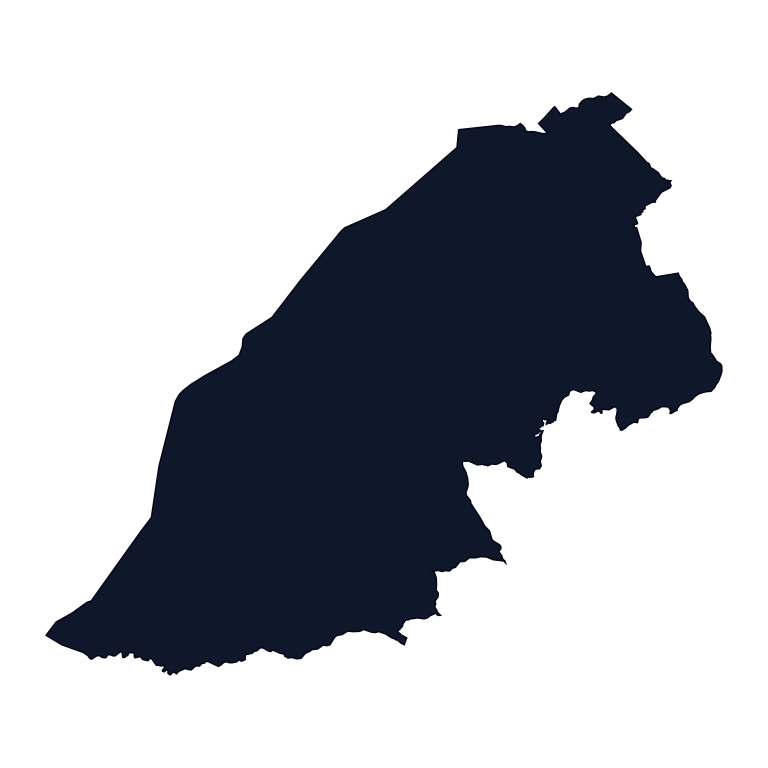 Budesti, Vâlcea, Romania
{"feature_id": "2599482B58071086432896", "entity_name": "Budesti", "entity_type": "district", "adm_level": 2, "iso_a3": "ROU", "parent_name": "Romania", "parent_adm1": "Vâlcea", "projection": "albers", "projection_center": [24.395, 45.044], "detail": "fine", "context": "isolated", "style": "filled", "palette": "ink", "viewbox_px": 768, "rotation_deg": 0, "n_neighbors": 0, "source": "geoboundaries", "source_scale": "gbopen_adm2", "svg_char_len": 6112}
<svg xmlns="http://www.w3.org/2000/svg" viewBox="0 0 768 768"><path d="M296.4,658.8L301.0,658.4L305.5,653.1L309.3,651.6L312.0,649.6L317.8,648.9L323.2,645.0L326.9,645.7L329.9,644.8L334.4,637.6L335.5,636.5L337.4,635.2L341.7,634.7L347.7,631.1L352.9,631.6L358.4,631.4L361.2,630.8L363.5,629.4L371.7,632.2L375.4,632.5L378.7,631.6L385.6,633.9L391.9,637.9L395.0,639.0L395.7,639.8L397.0,639.8L401.2,643.2L404.2,644.7L406.7,637.9L400.0,634.3L400.2,633.7L398.8,632.8L397.4,630.8L399.6,629.5L402.6,626.0L402.9,623.9L405.6,620.1L408.9,619.7L409.7,619.0L417.5,617.9L423.9,618.8L426.6,618.2L428.9,616.9L429.5,616.0L436.1,613.0L437.2,615.0L438.1,615.4L440.4,615.2L437.5,612.4L436.7,610.2L434.8,607.1L434.7,606.3L435.7,604.3L435.1,601.0L438.1,596.8L438.3,594.5L438.2,593.0L436.2,590.2L436.5,584.9L436.3,577.8L434.4,572.7L432.5,570.8L434.1,571.2L437.8,570.4L442.2,571.5L445.2,570.6L449.3,571.0L452.8,568.0L455.3,567.4L460.4,561.1L461.2,561.6L464.9,561.3L469.0,558.0L471.5,557.1L471.2,557.7L475.6,557.8L480.2,556.7L486.8,557.0L493.1,559.7L503.5,560.9L505.5,562.8L505.0,561.2L502.7,559.0L501.5,555.3L499.0,552.0L499.3,550.8L500.9,548.6L500.7,546.3L499.8,545.0L493.3,541.0L491.9,539.3L489.5,531.0L484.6,526.0L480.0,517.5L470.8,503.4L470.5,500.9L470.1,500.2L466.5,495.5L466.0,493.9L466.0,492.0L467.4,488.4L468.2,484.7L467.6,478.1L465.7,471.8L462.8,466.2L462.3,463.1L462.8,461.2L468.8,461.1L477.4,464.9L482.9,464.2L484.2,465.0L486.4,465.1L487.8,465.8L491.8,463.9L495.3,464.4L497.7,463.9L504.4,460.6L507.1,462.6L507.9,466.6L514.8,469.1L516.9,472.0L519.6,473.2L521.6,474.9L527.0,477.9L528.1,476.5L529.5,477.4L530.5,476.4L531.4,477.3L533.5,476.5L533.1,475.2L533.5,472.3L534.7,469.7L536.9,468.8L539.4,468.8L541.2,465.8L540.2,461.4L541.7,456.3L540.0,451.7L540.4,448.1L539.9,444.6L541.2,441.2L541.1,436.0L543.0,430.7L542.2,430.5L541.1,432.9L539.7,434.6L539.4,435.6L539.9,437.8L539.4,437.0L538.1,436.8L536.5,437.2L535.4,438.1L535.0,437.5L534.3,434.4L537.2,433.7L540.3,431.0L539.6,429.7L537.4,429.5L537.8,428.2L540.4,427.5L541.3,426.0L543.1,425.7L543.6,422.8L542.0,421.5L542.6,418.5L543.3,418.5L544.4,419.6L546.2,419.6L548.3,420.8L547.4,421.2L546.4,422.9L546.4,424.3L548.3,423.1L550.5,423.3L551.4,422.3L553.0,422.0L553.1,421.4L554.3,420.5L555.6,420.3L556.6,414.0L557.3,413.0L556.8,412.1L558.0,411.4L557.7,411.0L558.3,410.2L558.0,409.3L558.8,408.0L559.1,406.1L561.6,400.4L564.1,397.3L568.6,394.9L569.3,392.0L570.8,390.3L573.9,389.5L580.8,392.3L585.5,390.5L589.2,391.0L592.8,390.5L595.6,391.7L596.1,392.6L596.0,394.0L593.4,396.8L592.3,400.4L590.1,403.3L590.6,404.2L593.9,406.7L594.4,407.8L594.1,409.9L591.6,411.9L591.9,412.6L594.1,412.8L598.2,410.9L599.5,411.3L600.9,413.1L601.6,413.3L602.0,412.7L601.8,409.7L602.3,409.2L609.0,409.8L614.5,406.7L615.3,406.9L616.9,408.2L617.4,409.4L616.8,414.4L616.0,417.1L616.1,419.5L617.9,425.0L620.1,428.3L620.4,429.9L621.9,430.2L625.4,428.0L627.9,425.5L632.8,422.6L634.5,422.2L637.5,422.6L638.1,419.5L639.3,417.9L645.8,417.6L647.8,417.0L649.8,414.6L650.0,413.3L651.7,412.3L653.1,410.4L658.2,408.7L661.7,406.6L668.2,406.9L670.5,409.9L670.1,413.4L671.3,413.4L675.0,411.1L677.1,410.3L677.1,408.7L679.6,405.2L682.5,403.5L689.0,401.7L692.8,398.9L694.0,397.2L699.1,393.6L705.9,391.7L711.0,391.3L714.6,387.5L715.8,385.0L718.4,381.4L721.5,373.2L721.9,370.2L721.7,365.7L720.3,363.6L716.6,361.4L713.8,356.7L710.5,352.6L710.2,346.7L710.8,338.6L710.4,333.6L710.9,333.2L709.7,328.3L704.5,317.0L698.8,311.9L694.3,305.9L692.8,302.8L690.6,301.5L689.0,299.5L688.1,297.0L687.7,290.4L684.3,283.9L682.5,282.1L681.7,279.4L679.3,276.4L678.2,273.2L655.7,276.9L651.2,271.9L649.5,266.5L648.8,266.0L645.9,266.5L645.3,265.9L645.2,264.8L640.5,251.1L641.1,242.6L636.6,227.6L634.5,228.0L634.1,224.7L637.5,223.7L637.3,222.5L635.2,217.3L635.6,216.5L640.9,214.5L640.7,212.9L642.7,211.7L642.9,209.4L645.1,208.7L644.8,206.0L651.5,202.5L654.0,202.0L654.9,202.3L655.4,201.7L655.2,200.6L661.5,192.1L670.0,187.8L671.1,185.6L669.6,182.2L670.9,180.9L666.2,180.2L664.4,178.5L662.4,178.1L660.7,176.5L658.4,172.8L652.4,168.5L650.7,168.0L649.1,163.7L646.6,162.3L637.9,152.8L609.9,125.7L610.8,123.7L611.6,122.9L614.0,122.7L616.0,120.6L622.3,118.5L626.4,113.0L629.3,111.7L631.5,109.4L611.4,93.1L607.6,96.1L603.9,97.1L598.5,96.1L593.6,98.6L589.0,98.3L584.8,99.3L582.2,100.9L580.2,103.2L579.4,104.5L578.9,107.7L576.2,108.3L573.0,107.5L569.8,108.1L565.5,111.9L561.9,113.5L561.1,115.0L554.9,106.9L554.2,106.9L544.5,117.7L538.6,123.5L546.7,132.2L547.3,133.3L546.8,133.5L542.4,133.6L534.8,131.8L530.1,131.6L529.1,132.1L526.5,131.2L525.5,130.5L524.8,128.2L523.1,125.8L520.2,123.6L517.6,125.6L514.2,127.0L509.3,126.4L506.3,126.8L501.2,125.5L498.9,125.4L458.7,129.7L457.0,147.5L385.8,209.7L344.8,227.8L341.6,230.6L299.5,281.6L272.1,317.3L246.1,334.1L243.1,338.5L242.3,346.9L239.2,355.2L231.8,360.9L205.4,375.4L190.8,384.5L183.1,390.6L179.2,394.6L175.4,401.4L159.0,466.2L151.4,517.5L141.0,531.2L91.2,601.0L87.1,602.3L72.4,612.9L56.1,622.1L46.1,635.3L61.7,644.7L83.4,652.5L88.1,655.8L89.6,658.2L91.1,659.1L92.3,658.8L96.9,655.7L99.8,655.8L102.3,657.5L105.8,657.7L108.0,654.6L110.9,654.9L113.1,655.9L115.1,655.8L120.5,651.7L121.3,651.9L122.2,652.9L122.7,657.3L124.1,657.6L128.0,655.0L128.5,653.2L129.2,652.7L133.3,652.7L134.3,653.5L134.3,656.8L135.1,657.8L139.8,656.7L140.8,656.9L142.5,659.4L147.4,660.6L148.4,660.4L149.5,658.7L150.6,658.3L151.6,658.8L156.5,665.4L158.6,665.2L160.6,666.0L163.0,665.5L164.1,666.1L164.6,667.1L164.4,667.8L162.4,670.4L162.8,671.4L164.2,671.8L166.3,670.1L167.8,670.2L168.4,670.7L167.9,672.1L168.0,673.3L170.1,674.9L171.0,674.4L172.1,672.7L173.0,672.4L174.4,672.3L176.4,673.8L178.8,671.3L185.3,668.5L188.9,669.7L191.2,669.9L195.7,665.9L199.4,666.0L201.1,664.5L201.9,663.2L204.1,663.3L205.9,661.5L207.9,661.4L218.2,666.3L220.3,665.5L223.7,662.5L226.2,661.7L228.8,662.6L231.8,662.8L235.8,662.1L237.4,661.3L238.8,659.8L240.9,660.9L242.4,661.0L245.2,659.5L245.1,655.9L245.8,654.6L252.1,653.3L254.6,650.9L256.0,651.1L257.5,650.3L260.2,647.8L263.2,647.9L267.3,650.5L270.7,651.6L271.9,650.3L273.6,650.3L279.8,653.2L283.9,654.0L285.0,656.5L286.7,657.0L287.8,658.0L292.1,657.5L296.4,658.8Z" fill="#0f172a" stroke="#020617" stroke-width="1.5"/></svg>